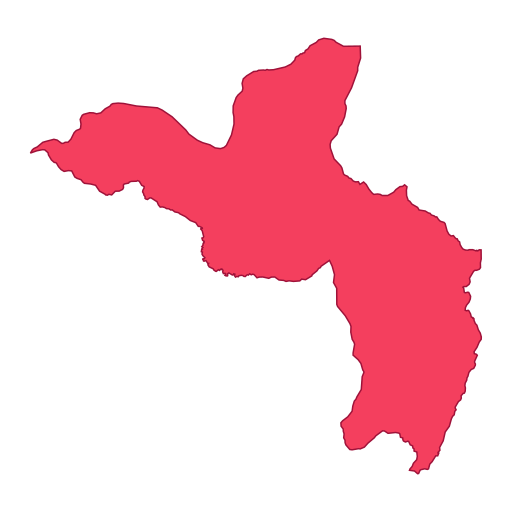 El Rosario, Nariño, Colombia (Robinson projection)
{"feature_id": "7082276B32433349406288", "entity_name": "El Rosario", "entity_type": "district", "adm_level": 2, "iso_a3": "COL", "parent_name": "Colombia", "parent_adm1": "Nariño", "projection": "robinson", "projection_center": [-77.45, 1.827], "detail": "fine", "context": "isolated", "style": "filled", "palette": "rose", "viewbox_px": 512, "rotation_deg": 0, "n_neighbors": 0, "source": "geoboundaries", "source_scale": "gbopen_adm2", "svg_char_len": 6045}
<svg xmlns="http://www.w3.org/2000/svg" viewBox="0 0 512 512"><path d="M481.1,249.9L479.2,249.8L477.8,250.9L476.8,250.3L476.1,250.9L472.8,249.7L469.0,249.7L468.2,250.2L465.7,250.1L463.2,249.2L461.7,247.5L460.1,244.6L459.6,241.9L458.1,240.8L457.2,238.8L456.3,238.8L455.2,237.9L453.4,235.6L451.1,236.0L448.9,234.3L447.1,231.0L445.1,223.6L444.0,222.4L440.4,221.3L438.5,219.5L436.8,216.9L435.4,216.9L434.2,215.9L431.4,215.0L430.0,213.3L428.5,213.0L425.2,211.0L419.1,210.0L417.6,207.4L412.0,204.2L409.7,201.2L408.2,200.4L406.6,195.7L406.4,190.1L407.0,186.8L404.6,184.8L402.6,186.4L400.0,186.6L395.9,189.6L393.7,192.2L387.8,195.5L382.1,195.5L380.3,194.4L377.7,194.0L373.7,194.4L371.7,192.6L368.9,189.1L366.2,184.5L363.6,182.0L359.9,184.4L358.4,181.7L355.6,181.9L353.3,181.1L350.9,178.5L349.1,178.1L347.6,176.3L344.5,175.0L343.5,173.9L341.9,167.9L340.6,165.7L334.1,158.9L330.4,148.2L330.1,144.4L331.2,140.7L337.0,134.3L339.1,126.9L341.6,124.1L344.6,116.9L346.2,108.6L346.0,105.9L344.9,103.6L344.9,100.6L351.5,87.9L357.7,70.7L357.7,67.3L360.6,58.1L360.2,46.1L343.5,46.3L336.1,42.3L334.2,40.4L331.8,39.4L323.9,38.3L318.7,39.9L316.3,42.4L310.1,45.7L308.0,48.9L305.4,50.5L304.6,52.7L302.8,53.1L302.0,53.9L300.5,53.9L298.3,55.9L296.4,56.6L295.4,57.8L294.8,60.1L290.9,64.2L285.2,67.0L273.6,69.7L268.8,70.0L267.0,69.5L265.2,70.3L263.6,70.0L258.5,70.3L257.0,71.2L253.7,71.5L246.7,75.8L243.3,78.8L242.1,83.4L242.9,88.2L242.2,91.2L238.1,94.9L236.2,97.5L233.2,105.9L233.1,112.6L233.9,116.7L234.0,124.1L231.5,134.9L226.4,145.4L224.1,147.4L221.9,148.2L220.4,148.6L215.1,147.9L209.9,144.8L202.7,142.7L197.3,140.2L188.9,134.1L185.8,130.0L172.1,116.8L162.2,110.1L157.4,107.8L136.5,106.0L123.7,103.5L118.1,103.1L112.9,103.6L111.3,104.4L109.9,106.2L105.2,108.8L100.8,112.9L96.6,113.8L93.5,112.9L89.7,112.7L83.7,114.3L82.2,115.3L80.2,119.3L81.0,124.1L80.5,128.3L79.6,129.2L76.3,130.5L74.2,132.6L70.9,139.2L68.1,142.2L65.1,142.3L63.4,143.3L61.7,143.4L57.2,140.1L53.9,139.3L45.5,141.5L42.8,142.3L37.3,146.9L33.9,148.5L32.4,149.8L30.7,152.6L30.9,152.9L36.8,150.8L42.4,149.7L44.7,149.8L48.0,152.7L48.5,155.0L51.4,159.9L54.2,162.4L55.6,162.6L56.5,163.2L58.6,166.8L61.1,169.6L64.1,171.4L68.4,170.6L71.7,170.9L74.8,177.0L77.1,178.4L81.0,179.7L83.0,182.2L84.4,183.3L90.6,184.0L95.6,185.3L99.6,191.2L105.2,194.3L105.6,194.9L107.4,195.2L108.9,194.3L111.7,194.9L115.3,191.2L119.2,191.1L122.6,189.4L123.5,187.7L123.4,185.0L124.2,184.0L128.6,183.1L129.3,182.1L131.2,181.4L136.6,181.2L137.6,180.6L139.3,181.3L141.7,185.3L144.1,186.5L144.0,188.2L142.9,190.2L142.6,191.9L143.6,193.6L143.9,195.1L145.1,196.7L145.0,198.3L145.6,198.9L147.5,199.5L149.7,197.9L151.1,197.9L157.1,201.8L158.4,204.9L160.2,207.1L162.4,206.9L165.0,207.6L166.4,208.6L168.9,208.8L170.7,210.0L172.3,209.9L174.8,211.9L178.6,212.7L179.6,213.7L185.4,216.6L190.3,220.5L195.7,222.6L198.3,226.4L199.6,226.4L202.2,227.8L202.3,228.4L200.9,228.6L200.7,229.0L202.2,230.7L203.7,236.7L203.2,237.7L201.9,238.1L202.6,240.3L204.1,241.2L204.2,241.7L203.6,242.2L204.0,242.8L202.9,244.0L203.1,245.0L201.8,246.7L202.9,247.5L202.0,248.6L202.3,249.2L201.7,249.3L201.3,251.7L202.4,252.1L202.0,254.1L202.9,255.7L204.9,257.7L204.4,258.5L202.9,258.8L202.8,259.6L203.5,259.9L203.5,260.9L204.0,261.2L206.0,260.6L207.7,263.3L208.6,263.4L207.9,264.8L209.2,266.9L213.2,268.8L213.9,270.1L215.7,271.3L216.3,271.4L218.4,269.7L219.4,270.4L220.4,269.3L221.0,269.7L221.5,269.0L222.2,269.2L223.0,270.4L222.7,271.9L223.4,273.6L225.0,273.3L225.6,274.2L224.9,275.3L226.0,275.9L227.5,275.9L227.8,275.0L227.4,273.9L228.9,272.9L232.3,275.0L233.2,274.8L233.7,273.8L234.9,274.2L234.5,275.7L235.5,277.1L236.9,276.4L238.2,276.8L239.0,275.7L241.4,275.3L243.0,275.6L243.9,276.4L245.3,276.5L246.6,275.2L247.7,274.7L248.3,275.1L249.7,273.8L251.2,274.8L252.7,274.2L254.1,274.6L257.0,277.8L259.2,277.1L262.8,277.0L268.8,278.3L271.3,277.1L274.8,277.0L279.0,280.0L283.7,280.4L286.0,281.4L289.1,280.8L293.4,281.4L299.8,280.9L301.7,279.1L305.5,279.7L311.8,275.9L312.2,274.7L316.9,270.9L318.6,268.4L320.4,267.6L321.0,266.3L329.5,260.4L332.2,266.2L334.5,274.7L333.5,282.5L336.7,288.3L336.8,304.4L337.6,306.5L345.3,315.8L350.0,323.7L351.0,326.5L350.8,332.1L352.2,339.3L354.0,342.3L354.6,344.3L353.1,352.9L353.1,355.2L358.1,359.6L360.9,363.4L362.8,370.0L363.7,371.3L363.9,372.5L362.2,376.7L361.3,389.5L356.9,396.9L355.9,399.3L354.3,401.1L352.8,406.1L352.1,411.2L347.8,416.8L342.6,420.8L340.9,422.8L341.1,426.2L343.2,429.0L343.3,431.3L344.1,433.9L343.7,437.8L345.0,440.2L345.1,442.7L345.9,444.9L349.8,449.5L352.1,449.8L358.5,448.7L360.2,448.9L364.4,447.1L368.0,443.1L374.3,437.8L375.8,435.8L382.6,430.8L384.5,431.0L388.0,433.3L395.6,432.5L398.9,433.1L399.8,433.8L400.5,437.3L402.7,437.9L402.9,439.8L403.5,441.0L405.4,442.0L407.9,441.2L408.7,441.5L410.2,444.8L412.6,445.9L412.9,448.0L414.0,448.8L414.1,451.1L416.8,452.0L417.3,456.4L416.7,459.7L413.4,463.3L412.2,466.4L410.0,468.9L409.5,470.3L414.5,471.0L417.6,473.7L418.6,473.5L420.1,470.2L420.9,469.7L424.7,468.8L427.3,469.4L428.5,468.9L429.8,464.1L432.1,461.7L435.7,455.9L437.7,455.8L438.7,453.3L438.1,453.3L438.0,452.4L439.9,450.3L439.6,447.5L443.2,440.8L445.2,432.0L449.3,426.3L451.4,418.8L452.6,416.3L454.2,414.8L454.8,411.3L456.1,409.8L455.2,408.0L455.2,407.1L458.4,401.6L460.6,399.9L461.3,398.1L461.1,395.8L463.1,393.4L464.4,393.1L465.2,391.2L465.4,387.9L464.9,385.7L465.2,383.1L466.7,380.2L467.0,377.8L467.9,376.3L468.9,372.4L471.2,369.5L473.7,368.4L475.3,365.3L475.4,364.0L474.7,362.8L474.6,361.3L477.3,355.3L476.5,354.3L474.3,353.6L474.1,351.7L477.0,347.3L479.2,342.1L481.2,339.3L481.3,336.9L480.3,333.2L478.3,329.7L476.9,325.2L475.3,323.5L474.0,320.3L474.0,318.8L473.2,317.9L472.8,318.2L472.5,317.5L471.3,317.0L470.5,313.8L468.8,310.7L468.1,310.3L466.7,310.8L465.2,310.3L465.4,307.7L466.6,305.1L469.0,302.2L470.3,299.0L470.6,296.3L468.8,292.5L467.9,292.2L465.2,292.8L464.3,292.3L463.7,288.2L462.9,287.2L463.6,286.6L466.3,286.5L469.1,284.3L470.1,281.9L469.5,278.2L473.6,271.3L474.9,270.3L476.6,270.3L479.4,269.2L480.5,267.6L480.4,262.9L481.2,259.0L481.1,249.9Z" fill="#f43f5e" stroke="#9f1239" stroke-width="1.5"/></svg>